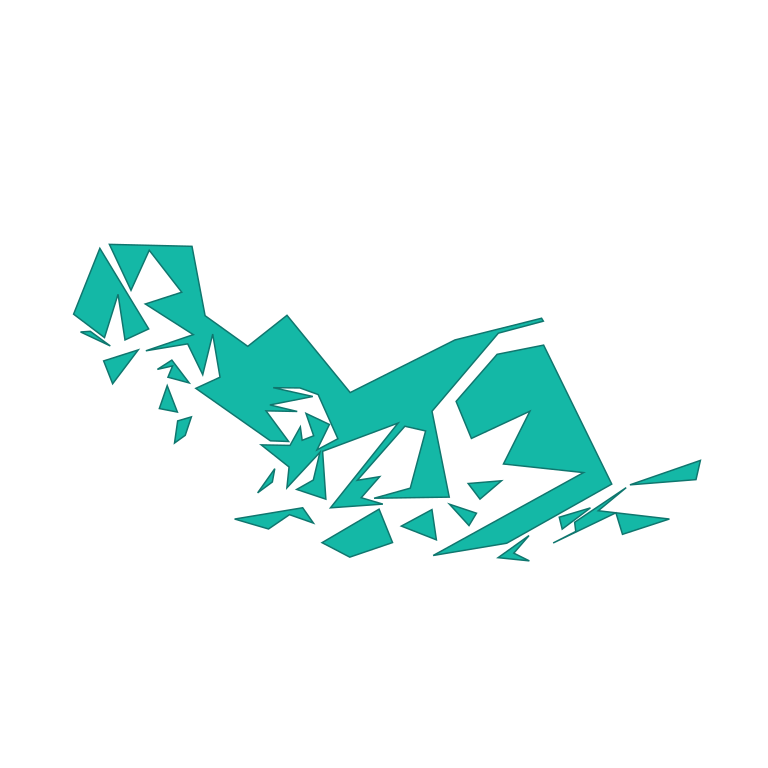 SVG path tracing the border of Magallanes y Antártica Chilena, rotated 332°
{"feature_id": "CHL-2692", "entity_name": "Magallanes y Antártica Chilena", "entity_type": "Region", "adm_level": 1, "iso_a3": "CHL", "parent_name": "Chile", "parent_adm1": "", "projection": "equal_earth", "projection_center": [-72.604, -52.278], "detail": "medium", "context": "isolated", "style": "filled", "palette": "teal", "viewbox_px": 768, "rotation_deg": 332, "n_neighbors": 0, "source": "natural_earth", "source_scale": "10m", "svg_char_len": 1976}
<svg xmlns="http://www.w3.org/2000/svg" viewBox="0 0 768 768"><g transform="rotate(332 384 384)"><path d="M279.1,172.3L258.1,239.7L281.4,286.8L330.6,277.8L350.1,375.7L467.3,378.4L554.0,399.9L554.2,403.3L508.8,392.8L413.6,430.6L388.5,514.5L321.6,480.2L358.3,488.3L398.7,445.0L382.6,431.1L315.2,456.5L336.7,463.8L310.5,473.7L326.6,489.5L278.6,468.2L378.1,425.1L298.2,414.6L278.6,458.4L257.4,436.1L276.5,435.6L295.4,414.2L249.5,430.1L261.2,412.7L247.0,380.1L272.2,394.1L290.0,382.6L285.3,395.3L297.6,396.7L301.3,373.3L316.8,394.1L293.9,410.7L317.6,410.7L320.9,362.4L307.9,348.0L284.4,335.2L315.3,361.6L273.4,348.9L294.5,367.5L267.2,352.3L272.8,390.0L257.0,380.8L215.8,299.5L242.4,301.0L256.2,259.5L228.3,290.7L229.5,256.4L189.3,242.9L238.8,250.9L210.8,201.3L248.5,208.0L239.5,155.7L204.6,182.5L207.1,131.8L279.1,172.3ZM538.1,579.3L417.7,582.2L346.9,558.5L518.6,555.9L451.9,510.7L500.1,476.5L435.6,473.1L439.5,433.2L497.8,410.9L543.2,424.6L538.1,579.3ZM159.0,211.8L142.7,176.6L196.8,130.8L202.1,224.9L176.0,223.5L191.3,179.9L159.0,211.8ZM572.6,637.2L524.0,628.7L528.3,606.6L458.7,603.8L484.1,604.2L487.4,595.6L549.2,589.2L513.7,596.5L572.6,637.2ZM317.1,528.0L272.5,520.8L254.8,495.0L320.9,492.2L317.1,528.0ZM614.6,614.9L553.8,588.5L627.5,600.0L614.6,614.9ZM411.6,511.4L442.3,524.6L414.7,530.7L411.6,511.4ZM254.1,455.1L256.4,473.7L239.2,455.0L214.0,457.8L188.7,433.1L254.1,455.1ZM392.6,548.9L385.4,520.9L405.0,541.5L392.6,548.9ZM357.1,546.2L332.6,517.6L367.4,517.4L357.1,546.2ZM183.0,238.5L144.5,256.4L147.3,232.0L183.0,238.5ZM191.8,283.7L188.4,311.8L174.1,300.2L191.8,283.7ZM247.8,407.5L239.4,418.1L221.3,420.8L247.8,407.5ZM419.2,594.3L429.3,608.4L403.2,590.9L440.9,585.9L419.2,594.3ZM212.5,291.6L196.4,276.6L205.8,268.8L190.8,264.7L207.9,263.3L212.5,291.6ZM473.2,595.8L476.2,583.9L508.1,590.3L473.2,595.8ZM160.2,221.9L140.5,195.6L149.4,199.6L160.2,221.9ZM198.5,322.6L184.4,336.0L171.3,337.8L184.5,319.7L198.5,322.6Z" fill="#14b8a6" stroke="#0f766e" stroke-width="1.5"/></g></svg>